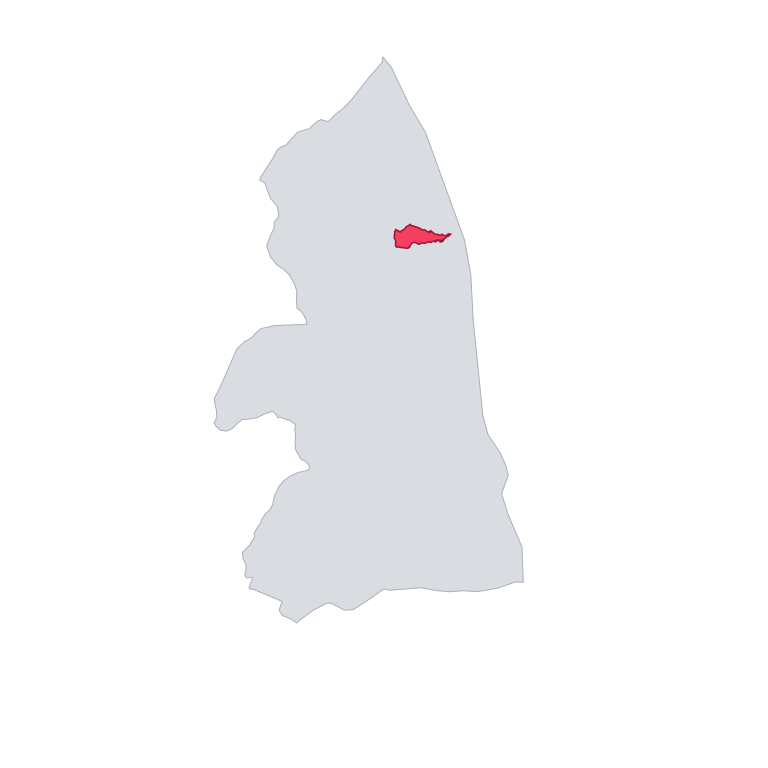 Wedjah, Sinoe, Liberia (highlighted), rotated 222°
{"feature_id": "62588387B38040387852125", "entity_name": "Wedjah", "entity_type": "district", "adm_level": 2, "iso_a3": "LBR", "parent_name": "Liberia", "parent_adm1": "Sinoe", "projection": "orthographic", "projection_center": [-8.85, 5.295], "detail": "fine", "context": "in_parent", "style": "filled", "palette": "rose", "viewbox_px": 768, "rotation_deg": 222, "n_neighbors": 0, "source": "geoboundaries", "source_scale": "gbopen_adm2", "svg_char_len": 5525}
<svg xmlns="http://www.w3.org/2000/svg" viewBox="0 0 768 768"><g transform="rotate(222 384 384)"><path d="M147.9,329.9L154.0,324.8L163.0,308.2L175.6,292.3L187.3,282.9L196.6,273.2L206.4,265.8L220.5,257.1L242.0,234.3L247.0,231.6L250.5,215.8L255.9,195.6L262.2,189.4L276.7,185.7L280.2,182.2L285.4,168.0L288.8,151.4L289.1,147.9L294.8,147.4L304.6,143.9L310.3,145.5L312.8,150.3L314.1,154.3L343.8,144.0L346.4,141.9L348.0,142.3L351.7,151.6L353.9,151.0L355.7,148.3L357.7,148.1L360.0,149.3L362.3,153.7L366.1,157.6L372.5,160.3L376.6,164.1L376.1,174.0L377.7,183.7L380.5,185.9L381.9,191.7L382.7,198.1L384.2,201.4L385.3,207.8L384.7,214.7L385.9,219.5L390.6,227.8L393.6,238.3L393.6,245.8L391.8,253.6L388.7,260.7L383.1,268.5L382.7,271.6L385.9,273.6L390.9,274.1L395.1,272.5L405.7,276.1L411.2,281.2L416.0,287.5L420.4,290.8L422.4,294.8L429.9,293.7L438.6,289.8L440.4,288.0L442.9,289.0L448.5,289.4L452.5,282.4L455.6,274.4L462.4,265.8L465.7,262.4L466.6,256.9L466.9,249.8L469.4,243.6L474.9,240.1L480.9,240.2L484.2,241.4L485.9,247.5L490.7,252.0L494.8,255.2L497.0,256.5L500.5,260.0L503.7,272.1L516.7,311.2L516.0,321.9L513.5,329.0L513.4,335.9L512.6,342.7L504.7,353.9L481.4,376.7L483.2,378.7L488.8,381.3L494.5,382.6L499.1,381.9L504.9,387.6L511.2,394.8L517.9,398.5L527.4,401.8L535.8,402.1L542.9,400.9L553.0,402.3L563.7,408.2L567.5,418.0L570.1,426.5L573.8,430.9L574.4,438.2L582.0,444.7L592.8,446.0L606.9,453.6L610.5,453.2L612.0,452.2L613.8,453.7L617.3,475.6L620.1,487.3L618.7,492.0L616.8,495.7L616.7,513.5L610.4,523.7L609.4,534.8L607.6,538.5L600.8,541.7L600.7,550.3L598.9,560.7L598.3,571.7L600.2,600.5L600.6,622.1L603.7,626.1L590.4,624.3L551.4,608.0L521.3,598.6L420.6,544.9L392.6,523.3L360.4,491.1L289.0,426.3L272.7,415.9L252.1,410.8L239.4,405.2L230.5,399.2L223.3,381.3L205.4,370.5L172.5,355.3L147.9,329.9Z" fill="#d9dde1" stroke="#a8b0b8" stroke-width="1"/><path d="M434.0,540.1L434.5,540.0L434.9,539.8L435.5,539.5L435.7,539.4L435.9,539.2L436.5,538.8L436.7,538.4L436.8,538.0L436.8,537.2L436.8,536.7L436.8,536.3L437.0,536.0L437.2,535.6L437.6,535.4L438.2,535.0L438.6,534.8L439.1,534.6L439.7,534.3L440.3,534.3L441.3,534.0L441.3,533.7L441.3,533.3L441.4,532.9L441.4,532.5L441.5,531.8L441.7,531.6L442.2,531.7L443.1,531.7L443.6,531.5L444.0,531.1L444.3,530.9L444.9,530.4L446.1,529.8L446.9,529.5L447.6,529.3L448.0,529.3L449.3,529.4L449.8,529.2L450.2,529.1L450.9,529.2L451.5,529.2L451.6,528.9L452.1,528.8L452.1,528.4L451.4,527.9L451.1,527.4L451.1,527.2L451.4,527.0L451.9,527.4L452.3,527.5L453.0,526.8L453.3,526.2L453.7,526.1L454.4,526.1L454.6,526.1L456.2,526.0L457.1,525.7L457.6,525.4L457.9,524.9L458.5,524.4L459.4,524.0L460.5,523.9L461.2,523.9L462.1,523.5L462.7,523.2L462.9,523.1L463.3,523.1L463.6,523.0L464.1,522.8L465.0,522.3L465.6,522.1L466.3,521.8L466.4,521.7L467.0,521.2L467.4,521.1L467.5,521.0L467.8,521.2L468.2,521.1L468.7,520.6L469.2,520.2L469.8,520.1L470.9,520.2L471.3,520.2L471.4,519.8L471.7,519.0L471.8,518.2L471.9,517.7L472.3,517.0L472.4,516.6L472.5,515.9L472.7,515.4L472.6,514.9L472.5,514.1L472.5,512.2L472.7,511.9L473.1,511.0L473.3,510.2L473.5,509.8L473.6,509.2L473.6,508.8L473.3,508.6L473.4,508.4L473.6,508.1L473.8,507.8L474.2,507.5L474.6,507.5L475.0,507.5L475.3,507.4L476.0,507.6L476.2,507.4L476.3,507.3L476.5,507.2L476.8,506.8L476.9,506.7L477.0,506.7L477.1,506.8L477.1,507.0L477.3,507.0L477.5,506.7L477.9,506.6L478.1,506.4L478.4,506.4L478.6,506.5L478.6,506.3L478.5,506.1L478.2,505.7L478.0,504.9L478.0,504.3L477.6,504.0L477.0,503.3L476.4,502.5L475.8,501.4L475.4,500.8L475.0,500.7L474.4,499.9L474.0,499.2L473.8,499.1L473.2,499.0L472.4,499.0L471.7,498.8L471.3,498.2L470.9,497.9L470.6,497.4L470.0,497.1L469.9,496.6L469.5,496.3L469.2,496.1L468.9,495.5L468.3,494.8L467.7,494.5L466.6,494.1L466.3,494.2L465.9,494.3L465.8,494.6L465.6,494.8L465.3,495.1L465.0,495.3L464.6,496.0L464.3,496.1L463.9,496.2L463.4,496.2L462.9,496.8L462.4,497.0L462.1,497.2L460.9,498.1L460.2,498.5L459.5,499.1L458.4,499.9L457.6,500.3L456.9,501.1L456.8,502.0L456.9,502.6L456.5,502.7L456.5,502.9L456.7,503.3L457.2,503.7L457.1,504.3L457.2,504.9L457.3,505.7L457.5,506.4L457.4,507.2L457.4,507.3L457.3,507.7L457.2,508.2L456.6,509.0L456.0,509.7L455.0,510.2L454.7,510.3L454.3,510.5L453.5,510.7L452.7,510.7L452.5,510.8L452.3,510.8L451.6,511.2L451.1,512.0L450.8,512.8L450.4,513.6L449.9,514.3L449.1,514.9L448.3,515.5L447.8,515.9L447.7,516.1L447.6,516.5L447.5,517.0L447.1,517.5L446.5,518.1L446.4,518.2L446.1,518.6L445.9,520.1L445.5,520.0L445.2,520.0L444.6,520.2L444.0,520.4L443.9,520.9L443.5,522.0L443.4,522.2L443.3,522.3L442.9,522.8L442.5,523.2L442.1,523.4L441.8,523.6L442.1,523.9L442.1,524.3L441.9,524.7L441.7,524.7L441.4,524.4L440.9,524.4L441.0,524.6L440.9,524.8L440.9,525.3L441.3,525.4L441.1,525.6L440.8,525.7L440.7,525.8L440.4,526.0L440.4,526.3L440.1,526.5L440.1,526.8L440.7,526.9L440.6,527.0L440.4,527.2L440.2,527.3L440.0,527.2L439.7,527.3L439.2,527.3L438.8,527.2L438.4,527.3L438.3,527.6L438.6,527.8L438.7,528.0L438.4,528.4L438.2,528.3L438.0,527.9L437.7,527.5L437.4,527.2L437.3,527.3L437.1,527.5L436.7,527.8L436.2,528.1L436.3,528.6L436.8,528.7L437.1,528.8L437.3,529.0L437.2,529.5L437.1,529.9L436.9,530.1L436.5,529.7L436.3,529.8L436.1,529.8L435.8,529.6L435.7,529.8L435.9,530.3L436.2,530.5L436.3,530.8L436.2,531.3L436.2,531.8L436.3,532.0L436.6,532.2L436.6,532.3L436.3,532.6L436.3,532.9L436.2,533.0L436.1,533.7L435.9,534.1L436.0,534.4L436.0,534.9L435.8,535.4L435.7,535.5L435.7,535.9L435.5,536.1L435.2,536.5L435.0,536.8L435.0,537.0L434.9,537.2L435.0,537.5L435.3,537.8L435.3,538.1L435.1,538.6L434.7,539.2L434.3,539.9L434.0,540.1Z" fill="#f43f5e" stroke="#9f1239" stroke-width="1.5"/></g></svg>